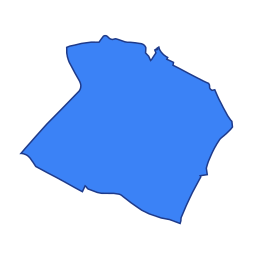 outline of Al Darb al-Ahmar, Al Qahirah, Egypt, rotated 186°
{"feature_id": "37247803B66957331642315", "entity_name": "Al Darb al-Ahmar", "entity_type": "district", "adm_level": 2, "iso_a3": "EGY", "parent_name": "Egypt", "parent_adm1": "Al Qahirah", "projection": "natural_earth1", "projection_center": [31.261, 30.041], "detail": "fine", "context": "isolated", "style": "filled", "palette": "blue", "viewbox_px": 256, "rotation_deg": 186, "n_neighbors": 0, "source": "geoboundaries", "source_scale": "gbopen_adm2", "svg_char_len": 2786}
<svg xmlns="http://www.w3.org/2000/svg" viewBox="0 0 256 256"><g transform="rotate(186 128 128)"><path d="M24.2,139.9L24.9,143.2L25.4,145.5L26.4,146.3L26.6,146.5L27.1,147.0L30.3,150.8L32.4,153.9L35.4,158.2L37.7,161.8L40.6,166.2L42.6,169.6L45.7,175.1L47.8,174.4L48.4,174.2L49.4,174.8L50.2,175.3L51.0,176.4L51.1,177.1L51.2,177.9L51.3,178.4L51.6,179.5L52.1,180.2L52.5,180.8L55.1,181.6L58.5,182.8L67.0,186.1L73.1,188.5L75.8,189.6L79.5,191.1L83.7,192.8L89.8,195.1L89.7,196.6L89.6,198.0L93.2,199.3L96.6,200.4L96.2,201.5L95.9,202.3L97.6,203.0L100.4,204.7L102.9,206.9L104.3,208.6L105.0,209.7L105.8,211.7L107.3,210.5L106.8,209.4L107.4,208.8L107.6,209.1L107.9,209.7L109.5,208.4L108.1,205.6L110.7,200.6L111.6,198.7L112.6,197.5L114.9,201.5L115.6,202.1L116.3,202.7L118.4,204.5L118.5,207.5L118.6,209.1L118.8,210.1L120.1,211.7L120.8,212.2L121.4,212.6L123.2,213.2L124.2,213.3L125.2,213.3L129.7,213.5L130.5,213.5L131.2,213.5L132.1,213.5L132.9,213.5L133.5,213.5L134.2,213.5L135.7,213.4L136.7,213.3L137.7,213.2L140.1,213.4L146.5,214.9L149.1,215.4L150.0,215.4L150.5,215.2L151.0,215.0L152.7,214.4L154.6,214.6L156.0,215.3L156.8,215.9L158.2,217.0L159.5,217.5L160.8,217.4L162.0,216.8L164.0,213.5L165.8,210.3L173.7,209.5L177.9,208.5L183.2,207.2L189.6,204.9L194.3,203.4L197.4,201.8L197.4,201.6L197.3,201.2L196.8,196.6L196.7,196.0L196.5,195.5L196.4,194.9L196.2,194.3L196.0,193.7L195.9,193.1L195.7,192.6L195.5,192.0L195.3,191.5L195.0,190.9L194.8,190.3L194.6,189.8L194.3,189.3L194.1,188.7L193.8,188.2L193.5,187.7L193.3,187.2L192.9,186.6L190.9,183.7L186.4,177.0L181.1,169.6L180.4,168.3L180.1,167.7L179.8,167.0L179.6,166.3L179.4,165.7L179.3,165.0L179.3,164.4L179.3,163.8L179.3,163.1L179.4,162.4L179.6,161.7L179.7,161.2L180.0,160.6L180.3,159.9L180.7,159.3L183.7,155.5L196.6,139.1L209.0,123.6L218.4,110.6L226.7,98.9L227.5,97.8L228.3,96.7L231.8,91.5L230.7,91.6L230.1,91.5L229.4,91.5L228.8,91.3L228.1,91.2L227.5,91.0L226.8,90.8L226.2,90.6L225.6,90.3L225.0,90.0L224.4,89.6L223.9,89.2L223.4,88.8L222.8,88.4L222.3,87.9L221.9,87.4L221.5,87.0L220.3,85.6L219.7,84.9L219.1,84.3L215.7,80.1L203.8,75.2L194.4,71.5L181.3,66.0L174.8,63.2L170.2,61.3L166.7,59.9L164.6,66.0L163.7,65.4L163.2,64.9L163.0,64.7L162.1,63.7L161.2,63.1L160.2,62.9L151.8,60.7L147.6,60.3L143.2,60.7L135.4,61.5L130.3,61.3L129.7,61.2L129.0,61.1L127.4,60.4L126.5,59.8L125.6,59.2L117.4,54.1L111.3,50.7L105.6,47.6L97.9,44.8L85.6,42.0L77.1,41.3L66.2,38.5L65.7,41.3L65.8,42.5L65.8,42.8L65.8,44.4L62.0,56.8L59.4,64.4L57.2,70.6L50.5,87.0L50.8,87.6L51.2,88.1L44.3,89.9L45.9,96.2L45.8,96.8L45.7,97.5L45.1,100.8L44.8,102.1L44.5,103.4L42.8,108.9L41.6,112.6L40.1,116.6L39.2,118.7L38.7,119.7L38.3,120.8L36.7,124.0L35.7,126.0L34.9,127.2L33.2,129.0L31.6,130.6L30.8,131.5L30.0,132.3L28.4,134.2L25.8,137.4L24.2,139.9Z" fill="#3b82f6" stroke="#1e3a8a" stroke-width="1.5"/></g></svg>